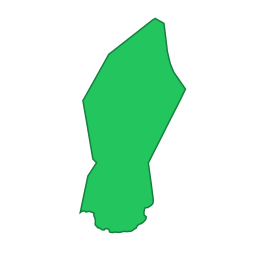 the district of Várzea Nova, Bahia, Brazil, rotated 258°
{"feature_id": "56859067B59616192254510", "entity_name": "Várzea Nova", "entity_type": "district", "adm_level": 2, "iso_a3": "BRA", "parent_name": "Brazil", "parent_adm1": "Bahia", "projection": "robinson", "projection_center": [-41.181, -11.121], "detail": "fine", "context": "isolated", "style": "filled", "palette": "green", "viewbox_px": 256, "rotation_deg": 258, "n_neighbors": 0, "source": "geoboundaries", "source_scale": "gbopen_adm2", "svg_char_len": 1286}
<svg xmlns="http://www.w3.org/2000/svg" viewBox="0 0 256 256"><g transform="rotate(258 128 128)"><path d="M164.3,89.6L137.7,88.6L105.0,87.2L100.5,90.0L89.4,78.8L55.2,63.7L56.1,65.8L56.1,67.9L54.6,69.4L54.6,70.7L54.6,72.1L54.3,73.4L53.6,74.3L52.9,75.4L52.1,76.9L50.7,76.6L49.2,76.4L47.9,76.7L46.6,76.9L44.9,76.9L42.7,76.5L41.3,76.0L40.2,75.8L39.1,76.4L37.7,77.2L36.5,77.9L36.0,79.4L34.8,80.6L33.6,81.9L33.2,83.5L34.2,84.8L33.8,86.9L32.5,88.3L30.1,88.4L29.5,89.7L29.0,90.8L28.9,92.1L28.9,93.7L28.3,95.6L27.8,97.2L27.6,99.1L27.7,100.3L27.8,101.6L27.5,103.4L26.9,105.3L26.7,106.8L26.6,108.1L26.5,109.6L26.9,111.3L27.5,112.4L28.0,113.7L28.3,115.0L29.7,116.1L30.5,116.8L31.0,117.7L31.6,119.2L31.7,120.9L32.3,122.6L32.9,123.6L33.8,125.0L35.3,126.6L37.3,127.4L39.1,126.0L40.4,125.6L41.4,125.9L42.7,126.2L44.0,126.8L45.2,127.4L46.4,128.2L46.2,130.0L46.1,131.4L46.9,132.5L47.1,133.7L47.6,134.7L48.6,136.2L49.7,137.0L51.4,137.5L53.0,137.8L68.7,139.1L89.6,140.6L91.8,142.4L100.2,149.1L103.5,151.8L115.8,161.7L121.2,166.0L145.8,185.9L146.7,186.6L154.1,192.3L173.0,184.4L182.0,182.7L189.7,182.5L194.8,182.4L197.0,182.6L202.2,183.1L222.8,184.9L229.5,177.4L228.5,174.4L225.1,167.5L205.5,127.5L204.1,124.6L166.4,91.6L165.1,90.4L164.3,89.6Z" fill="#22c55e" stroke="#15803d" stroke-width="1.5"/></g></svg>